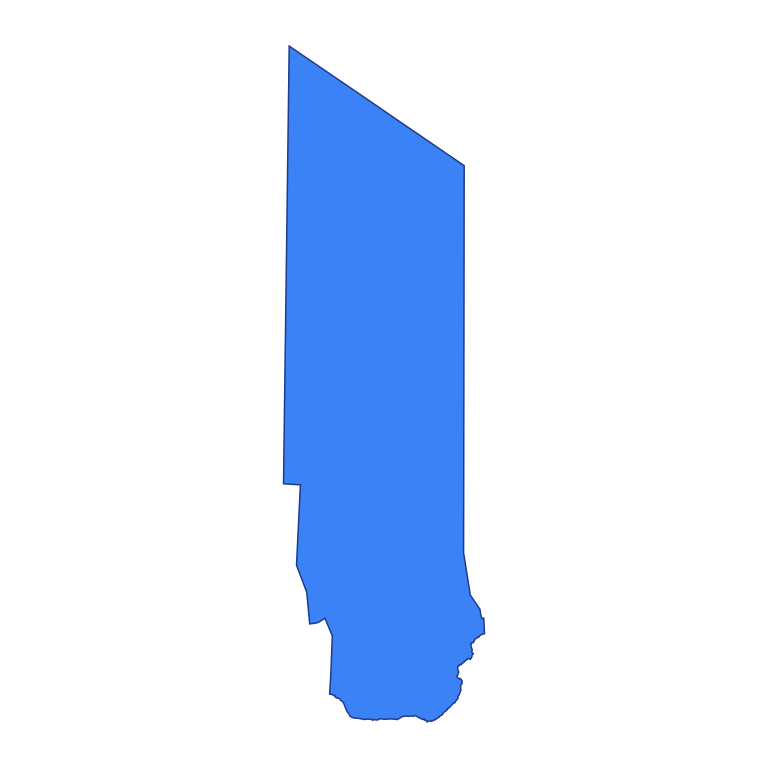 the district of Satuipaitea, Satupa'itea, Samoa
{"feature_id": "51752279B75424084440116", "entity_name": "Satuipaitea", "entity_type": "district", "adm_level": 2, "iso_a3": "WSM", "parent_name": "Samoa", "parent_adm1": "Satupa'itea", "projection": "mercator", "projection_center": [-172.336, -13.708], "detail": "fine", "context": "isolated", "style": "filled", "palette": "blue", "viewbox_px": 768, "rotation_deg": 0, "n_neighbors": 0, "source": "geoboundaries", "source_scale": "gbopen_adm2", "svg_char_len": 1702}
<svg xmlns="http://www.w3.org/2000/svg" viewBox="0 0 768 768"><path d="M289.2,46.1L283.5,483.8L300.4,484.8L296.5,565.2L306.7,592.1L309.7,623.9L313.9,623.4L316.8,622.9L319.1,621.9L325.0,618.3L332.3,635.9L330.8,674.6L329.6,694.1L332.0,694.4L333.9,695.7L334.8,695.5L335.2,697.0L337.3,698.2L338.5,698.1L340.1,699.0L340.4,700.2L342.6,701.6L343.9,703.7L344.9,706.4L347.1,711.7L349.3,714.5L349.7,715.9L351.8,717.3L354.2,718.1L356.0,718.0L362.7,719.1L364.5,719.6L366.3,719.1L368.6,719.1L371.5,719.5L373.0,720.3L374.2,719.4L375.9,720.0L377.8,719.9L380.4,718.7L384.3,719.3L390.5,718.9L395.2,719.2L396.9,719.6L399.0,718.7L401.3,717.1L403.4,716.3L407.3,716.0L408.3,716.4L411.1,715.9L412.8,716.4L415.1,715.5L420.8,718.6L423.0,719.5L424.2,719.0L424.5,720.1L426.0,720.2L427.0,721.9L427.9,721.2L430.3,721.0L430.8,721.4L433.1,720.7L434.5,719.6L435.3,719.9L437.0,718.3L439.1,717.3L439.2,716.5L442.1,714.9L443.8,712.5L447.3,709.7L447.2,708.9L448.7,708.3L452.8,703.9L453.2,703.2L454.8,702.8L456.2,700.3L458.1,698.3L457.8,696.8L459.2,694.8L460.3,691.6L461.1,689.8L460.6,689.0L460.7,685.7L461.1,684.2L462.0,683.8L462.2,681.0L460.5,678.5L459.5,679.0L457.1,677.3L456.7,676.2L457.4,675.6L458.6,672.9L458.6,671.6L457.8,669.2L457.5,666.9L458.9,665.9L459.8,664.4L460.8,664.8L463.7,662.3L465.0,661.2L466.1,659.7L466.9,659.8L468.0,658.2L470.3,659.4L471.9,656.9L472.2,655.0L473.3,653.6L472.1,652.6L471.7,651.4L472.2,649.4L470.8,646.1L471.3,644.4L471.0,643.1L473.2,642.7L475.2,639.2L477.5,637.4L478.8,637.2L479.3,636.0L481.5,634.5L484.5,633.7L484.1,625.2L483.7,618.1L482.0,618.7L481.0,615.8L479.9,609.2L470.3,595.1L463.6,552.9L464.2,165.7L401.4,122.8L374.5,104.3L289.2,46.1Z" fill="#3b82f6" stroke="#1e3a8a" stroke-width="1.5"/></svg>